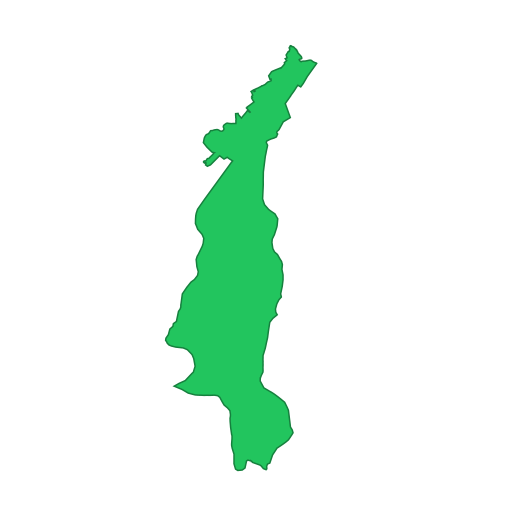 the district of Kapuas, Kalimantan Tengah, Indonesia, rotated 194°
{"feature_id": "22746128B40136746216216", "entity_name": "Kapuas", "entity_type": "district", "adm_level": 2, "iso_a3": "IDN", "parent_name": "Indonesia", "parent_adm1": "Kalimantan Tengah", "projection": "orthographic", "projection_center": [114.299, -1.918], "detail": "fine", "context": "isolated", "style": "filled", "palette": "green", "viewbox_px": 512, "rotation_deg": 194, "n_neighbors": 0, "source": "geoboundaries", "source_scale": "gbopen_adm2", "svg_char_len": 5905}
<svg xmlns="http://www.w3.org/2000/svg" viewBox="0 0 512 512"><g transform="rotate(194 256 256)"><path d="M334.5,353.3L330.0,349.8L326.3,347.6L323.7,346.1L321.5,346.1L322.0,345.6L322.1,345.3L322.3,344.5L322.7,343.7L323.4,342.6L323.7,342.1L324.2,341.3L324.5,340.9L324.7,340.5L324.7,340.2L324.9,339.8L325.7,339.2L326.6,338.8L326.8,338.6L327.0,338.2L327.3,337.2L327.5,336.5L327.7,336.1L328.0,336.0L329.0,335.8L329.5,335.4L329.7,334.9L329.7,334.6L329.6,334.4L329.3,334.2L328.5,333.7L328.3,333.7L328.1,333.8L327.7,334.3L327.3,334.4L327.1,334.3L327.0,334.1L326.9,333.1L326.9,332.8L326.9,332.5L327.0,332.2L324.9,331.3L322.2,333.4L315.6,344.5L312.1,343.0L310.5,342.3L308.3,344.3L307.9,344.8L305.0,343.7L301.7,342.6L302.9,340.0L303.7,337.9L319.3,299.4L324.0,287.2L324.3,283.1L324.2,280.7L323.6,277.2L322.6,272.8L321.1,270.8L319.0,267.8L313.5,263.9L310.9,260.4L310.8,259.2L310.3,255.6L310.5,252.5L312.4,243.5L313.0,241.5L313.2,238.1L311.0,232.0L310.8,231.4L308.2,226.8L308.0,223.0L310.1,218.2L312.8,214.9L315.5,209.0L318.3,201.4L317.3,192.6L317.1,190.4L316.6,188.2L316.8,186.2L317.8,183.5L317.4,173.2L319.8,170.4L319.6,167.6L321.9,164.3L322.0,158.5L323.5,154.5L323.3,152.3L321.9,151.1L321.0,149.9L318.9,148.6L316.3,148.2L311.9,148.2L304.4,149.2L299.9,148.5L294.2,144.9L291.6,141.4L288.4,134.3L288.7,128.0L289.6,126.8L294.5,118.0L299.8,113.8L303.9,109.9L295.4,108.6L288.7,106.6L283.9,106.5L281.4,106.5L278.5,107.0L275.4,107.7L272.7,108.2L269.9,109.0L267.2,109.6L262.7,110.9L259.4,111.2L256.9,110.1L255.4,108.4L253.0,105.8L250.8,103.6L247.0,101.8L243.9,99.6L242.5,96.2L242.1,94.5L241.9,92.2L241.0,89.0L240.2,86.7L239.2,83.7L236.5,77.0L235.8,75.8L235.4,74.2L235.0,72.5L234.2,67.8L233.8,66.3L232.6,63.7L229.4,58.4L227.1,49.1L224.3,44.3L221.8,43.5L217.6,45.0L215.4,47.6L215.6,54.9L214.5,56.0L212.6,55.9L211.9,56.3L211.0,55.9L210.9,55.5L210.2,55.6L209.5,54.9L201.5,54.1L200.1,53.5L197.4,51.5L194.5,51.1L194.0,52.1L194.8,54.7L194.5,56.9L192.5,58.4L191.8,67.0L189.8,72.7L189.2,74.6L184.3,80.0L181.9,82.9L180.1,85.4L179.8,86.1L178.6,89.4L178.5,89.6L178.4,89.6L178.5,89.6L177.3,93.4L178.7,95.9L181.2,98.4L187.2,114.1L189.1,116.6L192.8,121.0L195.1,122.1L200.5,124.6L204.8,126.4L206.8,127.1L216.4,129.9L221.7,135.7L222.3,138.4L222.2,138.4L222.2,139.2L221.9,141.7L221.2,144.9L221.2,145.0L221.4,146.3L222.4,149.9L222.6,151.2L222.8,151.5L222.8,152.0L223.3,153.8L223.8,156.0L224.0,156.3L224.6,159.1L224.9,160.3L225.1,161.2L224.9,164.4L224.9,164.5L224.9,165.2L224.7,168.5L224.8,171.8L224.9,174.0L225.0,179.5L225.8,186.2L226.6,195.0L224.6,199.5L221.2,204.1L223.2,206.2L224.3,209.3L224.2,214.3L224.1,215.1L223.2,219.0L222.1,221.2L221.6,222.0L221.5,222.4L222.9,225.2L223.0,227.5L223.2,232.9L224.0,239.4L225.2,244.2L227.6,249.3L228.3,254.0L229.9,256.9L232.2,259.1L235.5,262.6L239.0,264.4L241.5,267.3L243.8,272.9L244.3,276.3L244.2,277.0L243.3,281.2L242.8,288.9L242.8,289.5L242.9,290.9L243.9,297.4L245.6,299.1L247.7,301.4L253.1,303.4L255.1,304.3L260.1,307.8L261.2,309.5L263.4,313.0L266.2,326.9L267.5,331.9L268.2,335.1L269.0,338.5L269.2,339.4L271.1,355.1L271.2,358.3L271.3,359.4L271.3,359.9L271.4,361.5L271.4,362.8L271.5,365.9L271.6,366.3L271.8,366.6L272.3,367.1L273.5,368.6L273.4,370.1L270.9,372.3L269.7,373.2L266.9,374.9L265.0,376.5L264.9,377.2L264.8,378.2L264.5,379.4L264.5,379.6L265.5,380.3L265.8,381.1L265.6,382.2L264.7,383.3L264.6,383.6L264.3,384.1L264.2,384.3L262.0,392.8L256.2,398.6L264.5,411.0L261.1,419.7L261.2,419.8L258.9,425.5L257.4,430.0L256.7,431.8L253.5,430.9L251.9,434.8L249.6,442.7L243.7,457.6L244.0,457.8L245.2,457.9L246.6,458.1L248.3,458.5L249.2,459.1L249.6,459.2L250.5,459.2L250.9,459.1L251.0,459.1L251.8,458.8L254.0,457.7L255.3,457.1L256.3,456.8L256.7,456.6L257.1,456.6L258.3,456.1L258.6,456.0L259.0,455.7L259.2,455.4L259.8,455.5L260.3,455.8L261.0,456.3L261.6,456.8L261.4,457.0L261.4,457.3L261.2,457.5L260.7,457.8L260.4,457.9L259.5,458.5L259.4,459.0L259.7,459.6L260.0,460.1L260.5,460.6L263.0,462.3L263.6,462.6L263.9,462.8L264.3,463.1L264.6,463.6L265.2,464.4L266.1,465.2L266.1,465.4L266.3,465.5L266.6,465.6L266.6,465.8L266.8,465.8L267.0,465.9L267.0,466.0L267.2,466.3L267.4,466.3L267.6,466.5L268.0,466.6L268.4,466.9L269.1,467.3L269.4,467.5L269.6,467.7L270.1,467.9L270.6,468.0L271.0,467.9L271.5,467.9L271.8,468.0L272.2,467.9L272.5,467.8L272.4,468.2L272.5,468.2L272.6,468.3L272.9,468.5L273.1,468.5L273.4,468.4L273.5,468.3L273.4,468.2L273.6,468.0L274.2,465.9L273.8,465.7L273.3,465.1L273.2,464.3L273.4,463.8L273.4,463.6L273.2,463.0L273.2,462.8L273.4,462.5L273.7,462.3L274.0,462.2L274.3,462.0L274.3,461.6L275.4,458.3L273.8,455.8L275.4,454.5L273.5,453.0L275.3,450.5L274.7,449.4L275.0,448.6L277.1,444.6L277.2,444.8L282.0,441.3L284.8,439.2L285.5,438.5L287.3,433.9L286.3,432.4L285.2,430.8L284.2,431.3L283.7,429.8L285.0,428.7L286.6,427.7L287.8,426.0L288.5,424.8L290.7,422.9L291.6,422.5L291.7,422.2L294.8,419.4L295.8,418.7L297.9,417.0L296.8,415.8L297.6,415.0L298.9,416.2L300.6,414.4L299.7,413.6L298.1,411.2L298.8,409.8L297.9,408.9L298.5,408.3L296.9,406.5L295.2,405.0L298.4,401.0L300.6,398.4L300.4,398.2L301.1,397.3L297.6,395.0L296.5,394.2L296.7,393.9L297.3,394.2L299.5,395.0L300.6,392.4L302.7,388.2L303.5,386.3L304.7,387.1L307.0,388.7L307.6,389.5L307.9,390.0L310.2,389.2L310.0,388.5L309.9,387.9L309.3,386.2L309.1,385.4L309.0,385.0L308.6,384.5L308.5,384.1L308.3,382.6L307.9,381.3L307.8,380.7L307.7,380.1L307.6,379.7L310.4,379.0L311.8,378.5L314.3,378.1L315.9,378.0L316.6,377.7L316.9,377.5L318.1,376.1L318.5,375.6L318.9,375.0L319.1,373.9L319.0,373.6L318.8,373.0L318.0,372.0L317.8,371.4L317.8,371.0L318.0,370.4L318.3,369.8L318.7,369.3L319.2,368.9L319.9,368.7L320.8,368.6L321.6,368.8L322.4,369.1L322.8,369.2L323.5,369.3L324.2,369.3L324.9,369.1L326.6,368.4L327.7,367.8L328.7,367.1L330.0,366.8L330.4,366.5L330.7,365.5L330.9,365.0L331.3,364.0L331.6,363.4L331.9,363.0L333.1,362.1L333.5,361.8L333.8,361.3L334.1,360.5L334.3,359.9L334.7,358.2L334.7,357.3L334.5,354.1L334.5,353.3Z" fill="#22c55e" stroke="#15803d" stroke-width="1.5"/></g></svg>